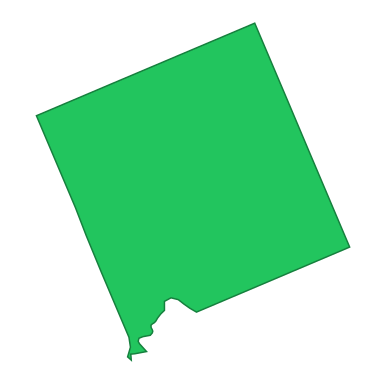 the border of Kalangala, rotated 247°
{"feature_id": "UGA-2631", "entity_name": "Kalangala", "entity_type": "District", "adm_level": 1, "iso_a3": "UGA", "parent_name": "Uganda", "parent_adm1": "", "projection": "albers", "projection_center": [32.167, -0.565], "detail": "fine", "context": "isolated", "style": "filled", "palette": "green", "viewbox_px": 384, "rotation_deg": 247, "n_neighbors": 0, "source": "natural_earth", "source_scale": "10m", "svg_char_len": 674}
<svg xmlns="http://www.w3.org/2000/svg" viewBox="0 0 384 384"><g transform="rotate(247 192 192)"><path d="M287.6,315.7L236.4,315.7L184.6,315.6L132.9,315.6L81.2,315.6L79.7,315.6L79.7,251.1L79.7,149.2L85.7,144.7L91.6,141.0L98.3,137.3L102.8,131.3L102.1,123.9L93.8,120.4L92.0,115.7L89.5,111.2L87.2,108.1L86.4,106.2L86.1,104.0L85.4,102.2L83.2,101.4L80.9,101.6L79.2,101.5L77.8,100.4L76.4,97.6L78.0,90.4L78.1,86.0L75.5,84.1L72.7,84.4L62.9,87.8L65.4,76.3L66.7,72.2L65.1,71.8L61.0,70.4L65.4,68.3L73.2,74.7L82.9,77.2L153.8,77.2L193.1,77.6L223.0,78.6L254.6,78.6L323.0,78.6L323.0,163.0L322.9,315.7L288.1,315.7L287.6,315.7Z" fill="#22c55e" stroke="#15803d" stroke-width="1.5"/></g></svg>